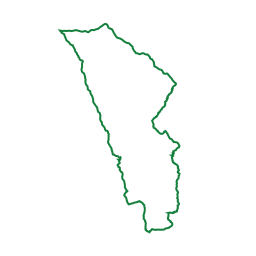 outline of Costesti, Vâlcea, Romania, rotated 352°
{"feature_id": "2599482B34648499423542", "entity_name": "Costesti", "entity_type": "district", "adm_level": 2, "iso_a3": "ROU", "parent_name": "Romania", "parent_adm1": "Vâlcea", "projection": "mercator", "projection_center": [24.049, 45.22], "detail": "fine", "context": "isolated", "style": "outline", "palette": "green", "viewbox_px": 256, "rotation_deg": 352, "n_neighbors": 0, "source": "geoboundaries", "source_scale": "gbopen_adm2", "svg_char_len": 5936}
<svg xmlns="http://www.w3.org/2000/svg" viewBox="0 0 256 256"><g transform="rotate(352 128 128)"><path d="M154.8,232.5L155.0,232.1L155.3,232.1L157.6,231.0L158.3,230.2L158.5,229.5L158.4,228.3L157.9,227.4L157.1,227.1L157.2,226.3L155.9,225.1L155.3,223.9L155.0,223.9L155.0,222.4L155.5,221.7L155.8,221.1L155.7,220.7L156.2,219.0L156.2,218.4L156.5,217.8L156.3,217.7L157.8,217.6L160.5,218.5L161.4,218.3L161.2,218.0L161.4,217.6L161.9,217.4L162.8,217.6L163.3,217.4L163.6,217.6L164.8,217.4L165.1,216.2L166.1,214.6L166.1,213.7L166.5,213.1L166.3,211.7L167.4,211.0L168.0,210.2L167.0,207.7L167.5,205.7L167.4,205.1L166.9,204.4L167.3,203.5L167.6,203.3L167.6,202.0L167.8,200.0L168.6,199.0L168.6,198.5L168.2,197.4L167.7,196.8L167.3,195.0L167.5,193.9L168.1,193.2L168.3,192.4L168.2,191.0L168.8,189.8L168.6,189.3L168.6,188.5L168.5,188.2L168.9,187.7L169.0,186.9L169.7,185.9L170.8,185.1L171.2,184.4L171.5,182.4L172.2,181.7L172.6,180.4L171.2,179.0L171.1,178.6L171.9,177.3L172.5,177.0L172.4,176.2L171.7,174.4L172.3,173.4L172.1,172.8L171.5,171.6L169.8,170.0L169.1,169.7L168.9,168.9L167.8,168.3L167.6,167.5L167.8,166.6L167.5,166.2L167.6,164.7L167.3,163.6L168.1,162.4L167.8,162.0L168.2,161.9L167.4,161.2L168.5,161.2L168.6,161.4L169.1,160.7L168.8,159.3L169.8,159.4L169.9,159.1L169.3,158.5L169.6,158.2L169.5,157.4L172.6,156.4L173.0,155.6L173.4,155.2L175.3,154.2L175.8,154.2L176.5,152.7L176.0,151.9L175.6,150.4L175.3,149.9L174.4,149.1L172.7,148.5L171.4,148.3L171.2,147.5L170.7,147.2L170.4,146.8L170.0,145.6L169.1,144.7L168.0,144.3L166.6,140.5L166.3,139.1L165.7,138.4L165.6,137.8L164.7,136.2L163.8,136.6L163.6,136.5L163.2,136.8L162.9,137.5L162.0,138.2L161.2,138.5L160.4,138.5L159.2,138.0L157.8,136.5L157.3,135.9L157.1,135.0L156.2,134.5L156.0,133.7L155.4,132.8L154.9,132.2L154.1,131.9L153.5,131.2L153.6,130.9L153.2,129.9L153.4,129.4L153.7,129.2L153.8,127.7L152.9,124.1L154.5,122.6L154.9,122.0L155.3,122.0L156.0,121.5L156.9,121.2L157.0,120.9L157.3,121.0L158.0,120.7L158.2,120.1L158.9,119.6L159.8,118.4L160.0,117.3L160.2,117.1L160.7,116.8L161.2,117.0L163.1,114.6L164.0,114.2L164.5,113.5L164.8,112.9L165.6,112.3L166.9,111.8L167.4,111.4L167.9,110.7L167.8,109.9L168.3,109.3L168.3,107.2L168.8,106.9L169.6,106.8L169.7,106.3L170.0,106.1L170.1,105.8L170.8,105.3L170.7,104.9L171.0,104.3L171.3,104.0L170.9,103.8L171.7,103.1L171.5,102.2L172.7,101.2L173.3,100.4L173.7,100.2L173.8,100.4L174.8,99.6L175.4,99.3L175.7,98.8L176.2,98.5L176.1,98.1L176.3,97.8L176.7,97.4L176.8,97.0L177.2,96.7L176.9,96.0L177.2,95.9L177.2,95.4L177.6,95.2L177.4,94.9L177.8,94.6L177.9,94.0L178.8,93.1L180.4,92.4L180.7,92.0L181.3,91.7L181.7,90.9L181.5,90.3L180.8,89.7L178.8,86.9L178.0,84.9L177.2,84.0L176.0,81.9L175.5,81.3L174.8,79.9L174.1,79.4L173.0,79.6L171.1,79.1L170.8,78.9L170.8,78.1L170.4,77.7L169.9,76.1L169.5,75.4L169.0,75.0L167.2,74.3L164.2,71.5L162.7,70.6L162.7,70.1L162.8,69.2L162.6,67.6L162.9,66.9L162.6,66.0L161.3,63.2L160.6,63.0L159.8,62.4L159.6,61.7L159.4,60.3L158.6,59.4L157.6,57.9L156.2,57.8L154.5,56.8L154.0,56.3L152.8,55.9L150.4,56.5L149.5,56.5L149.0,56.0L146.1,54.8L145.8,53.8L145.0,52.8L144.2,51.1L143.8,49.6L143.7,48.5L143.8,48.0L143.5,47.6L142.4,46.5L140.9,44.3L138.8,43.6L137.2,42.5L136.0,41.5L134.8,40.0L133.0,38.5L130.0,37.1L129.1,36.0L127.1,31.6L126.6,29.7L126.0,28.3L125.4,27.6L124.6,27.4L122.7,26.1L121.9,23.1L121.3,22.3L120.1,21.8L119.6,21.8L117.7,22.5L117.0,23.1L115.3,23.8L112.2,25.6L109.6,25.9L108.0,26.4L106.2,25.9L105.0,26.0L103.7,26.6L102.6,27.4L102.0,27.6L100.9,27.2L99.8,26.3L98.6,26.0L97.0,26.3L95.4,26.1L90.1,23.8L87.2,24.1L84.9,24.0L83.6,23.5L79.8,23.3L78.8,22.9L76.4,22.8L74.3,22.1L75.7,24.6L77.9,26.3L78.0,27.6L79.3,32.7L81.6,35.1L82.4,36.9L84.6,38.7L84.8,38.6L85.3,40.3L86.3,42.9L86.3,44.3L86.7,45.1L86.9,45.8L87.7,46.6L87.9,48.2L88.7,49.4L88.7,50.5L89.5,51.6L89.7,53.1L90.4,54.2L92.1,54.8L92.6,55.6L91.7,57.3L91.4,58.2L91.0,61.2L90.0,63.8L90.1,64.7L90.4,66.1L90.8,66.6L91.8,67.6L92.2,68.5L92.6,71.3L92.6,72.4L92.5,73.2L92.7,73.6L92.7,74.4L92.6,74.9L92.3,75.6L92.3,78.0L92.4,78.7L93.0,80.0L93.7,81.0L93.7,83.3L93.5,83.7L93.6,84.1L94.5,85.2L95.7,86.3L95.7,88.5L96.1,89.7L96.9,91.2L97.5,94.7L97.2,96.6L97.2,97.4L98.8,100.9L100.2,103.1L100.4,104.9L100.4,106.6L100.7,107.3L100.8,108.0L101.9,109.0L102.2,109.6L102.4,111.4L102.3,112.5L101.9,113.9L101.7,116.0L102.1,117.5L102.8,118.4L102.8,121.0L104.6,123.8L105.0,125.1L105.1,126.2L105.6,127.5L107.0,127.9L107.6,128.9L107.6,130.3L108.0,131.0L108.1,131.7L107.7,132.6L107.8,133.4L107.4,134.6L107.2,136.7L106.4,138.7L106.2,139.7L108.9,146.2L108.8,147.2L108.8,147.8L109.1,148.3L109.0,149.1L109.2,149.6L109.2,151.7L109.5,152.1L109.7,152.4L110.6,152.4L111.0,153.1L111.9,153.8L114.1,154.6L115.1,156.0L116.0,156.3L116.4,156.0L116.5,156.2L116.6,156.5L115.9,157.2L116.0,157.8L115.4,158.6L115.0,158.8L114.8,158.3L114.3,158.2L114.7,158.7L114.4,159.3L114.6,159.6L114.6,160.2L115.0,161.5L113.2,162.6L112.5,163.4L113.1,164.5L113.2,165.5L114.0,165.6L114.4,166.3L114.4,166.8L114.0,168.2L114.0,168.7L114.6,169.4L114.9,170.4L115.9,171.0L116.1,171.4L116.3,173.3L115.6,174.8L115.3,176.8L115.5,177.7L116.2,178.8L116.8,180.2L117.0,184.3L116.7,185.7L116.9,187.1L117.3,187.8L117.3,188.5L118.6,190.4L117.7,191.1L117.1,191.2L116.6,191.7L115.2,193.3L114.9,194.1L115.8,195.7L116.5,196.8L116.7,199.6L117.1,201.7L118.1,203.7L122.2,203.2L124.5,202.7L126.1,202.8L126.7,202.5L127.2,202.6L128.0,202.1L128.9,202.4L129.3,202.1L131.7,204.1L132.1,204.6L132.3,205.4L133.4,206.6L133.2,208.2L133.5,209.4L133.2,211.5L132.6,213.8L132.1,214.6L131.8,215.7L131.3,216.5L131.2,217.1L131.3,217.8L131.1,218.5L131.2,218.9L130.9,220.0L131.9,221.7L131.9,223.0L132.3,223.6L132.3,224.5L132.3,225.4L132.0,226.0L131.9,227.0L131.6,228.0L131.5,230.1L131.3,230.1L131.2,230.9L131.4,231.4L131.8,231.4L132.1,232.4L132.6,232.8L133.1,232.9L133.4,233.4L134.2,233.7L134.8,234.2L135.4,233.1L136.6,232.7L137.2,231.8L137.9,231.5L138.8,232.1L140.8,232.5L141.2,232.8L143.3,232.7L145.4,233.2L149.2,233.6L149.9,233.5L150.9,232.8L154.8,232.5Z" fill="none" stroke="#15803d" stroke-width="2"/></g></svg>